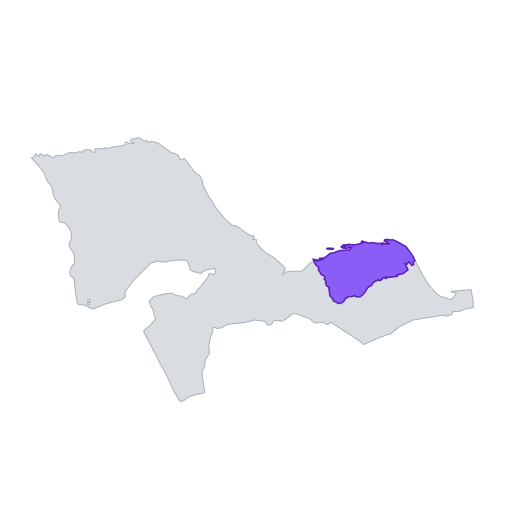 Mozambique, with Inhambane highlighted, rotated 262°
{"feature_id": "MOZ-1925", "entity_name": "Inhambane", "entity_type": "Province", "adm_level": 1, "iso_a3": "MOZ", "parent_name": "Mozambique", "parent_adm1": "", "projection": "albers", "projection_center": [34.454, -22.902], "detail": "fine", "context": "in_parent", "style": "filled", "palette": "violet", "viewbox_px": 512, "rotation_deg": 262, "n_neighbors": 0, "source": "natural_earth", "source_scale": "10m", "svg_char_len": 9476}
<svg xmlns="http://www.w3.org/2000/svg" viewBox="0 0 512 512"><g transform="rotate(262 256 256)"><path d="M153.3,350.3L156.6,347.6L178.7,322.3L180.1,321.4L178.2,317.2L181.1,312.4L181.4,304.9L182.2,303.7L185.7,301.2L190.3,293.4L193.3,287.4L193.6,284.5L189.2,276.4L187.9,272.1L189.1,268.3L189.5,264.8L189.0,263.6L186.3,262.2L185.8,260.6L185.8,258.7L186.3,257.7L189.6,256.0L190.3,255.1L192.9,245.6L191.9,238.5L191.8,230.3L192.3,221.9L192.0,217.1L189.8,211.7L189.6,207.7L191.1,204.9L191.3,203.3L186.2,202.5L183.5,200.2L173.7,196.8L166.2,196.4L159.8,191.0L154.9,190.2L148.5,186.3L128.5,186.1L127.8,185.7L126.7,173.6L125.9,169.7L123.3,165.5L122.5,162.5L122.7,160.6L133.6,155.9L155.2,149.2L160.0,147.1L197.0,134.2L198.1,135.0L201.8,141.2L208.1,148.3L209.6,147.3L218.5,146.2L219.8,145.2L222.5,144.6L225.6,144.2L226.7,144.6L230.0,149.0L231.1,157.3L231.2,162.9L230.9,166.9L228.2,171.5L226.3,177.3L223.5,180.5L223.6,182.0L226.7,185.5L227.4,186.9L227.2,190.0L227.8,191.2L230.5,193.0L232.6,195.9L240.6,204.4L242.6,205.9L244.2,206.3L245.0,207.9L244.6,209.9L243.3,211.0L243.8,212.5L245.3,213.8L249.0,213.6L249.4,213.0L249.2,205.6L248.0,201.3L246.4,199.3L249.5,191.3L251.2,189.0L257.2,188.2L260.0,187.4L261.1,186.5L262.1,184.0L262.8,176.8L263.2,170.2L262.6,166.2L263.5,160.3L264.9,156.7L264.2,156.0L263.8,151.0L248.8,131.2L240.2,122.4L238.8,121.4L234.0,120.7L231.5,117.5L229.4,99.8L226.2,87.1L231.3,78.7L232.9,73.3L234.0,72.5L238.3,72.2L253.5,72.4L257.2,73.0L258.9,72.5L262.9,69.2L266.2,69.3L270.6,71.4L272.9,73.3L273.3,74.8L276.3,75.8L281.7,76.1L285.7,75.4L288.2,73.5L290.9,72.6L293.6,72.5L295.7,73.2L297.0,74.6L299.7,75.6L303.7,76.3L308.0,75.5L312.8,73.2L315.5,70.8L317.0,66.6L318.0,66.1L324.6,65.9L328.1,66.8L332.6,69.5L340.5,65.0L345.5,63.6L350.3,63.8L354.2,62.8L357.3,60.7L360.5,59.4L367.1,57.9L371.7,55.8L384.3,47.3L385.6,49.9L387.9,52.4L384.6,54.9L387.4,56.6L385.2,59.1L384.8,60.8L385.8,62.5L384.3,65.3L382.4,67.4L381.8,69.1L383.3,72.1L382.3,77.4L384.4,86.3L383.5,89.1L383.8,96.1L382.8,98.6L384.3,99.5L385.0,102.3L384.1,107.1L381.4,109.0L381.0,111.0L384.4,111.2L384.1,117.2L383.6,119.0L384.3,121.1L383.3,123.3L384.0,133.1L383.8,140.1L384.0,141.3L386.8,142.6L386.6,144.5L384.7,147.0L384.7,150.8L386.8,147.9L388.0,147.9L389.1,149.2L389.0,153.4L389.5,155.6L389.1,157.4L385.6,160.8L385.3,164.3L384.0,164.7L383.3,165.5L384.1,167.5L384.0,169.2L381.5,174.6L369.7,187.0L369.4,189.2L366.4,193.2L363.3,193.8L361.5,194.8L362.7,198.5L347.4,207.1L345.9,208.3L343.4,211.6L338.4,213.2L333.1,213.3L332.1,214.0L319.9,217.9L317.5,219.8L312.3,221.5L304.1,225.9L297.4,230.1L289.8,236.5L288.8,240.0L285.2,244.5L279.8,249.8L276.6,254.3L276.4,256.3L274.5,256.8L273.0,254.9L272.2,258.6L271.0,258.8L269.5,258.0L262.9,261.9L257.9,266.2L250.9,274.6L240.7,282.8L238.4,283.0L235.2,280.1L233.4,279.9L236.0,283.0L235.9,289.9L234.6,298.0L234.8,299.8L241.4,308.4L244.6,318.4L244.9,323.6L248.2,330.2L249.6,340.2L249.2,349.4L250.8,350.9L251.4,349.6L251.7,343.8L252.6,342.2L253.5,342.4L254.4,345.6L254.6,348.9L253.3,356.2L253.7,359.1L255.3,364.1L253.3,369.8L250.3,385.6L251.0,386.6L252.5,386.9L253.0,385.2L253.9,385.2L254.3,386.3L253.1,392.5L251.8,395.2L247.5,401.8L245.2,404.7L241.3,407.5L232.3,411.9L214.3,418.2L202.9,423.3L193.9,429.3L190.0,433.3L188.5,437.8L185.5,442.6L188.1,446.5L191.5,449.3L193.1,444.6L193.9,444.6L192.6,464.3L180.3,464.7L176.7,464.1L174.7,464.3L174.4,456.0L172.9,449.9L173.4,445.5L173.2,443.1L170.6,441.6L169.8,436.9L171.3,433.2L170.8,403.1L166.2,388.5L160.0,378.0L159.5,372.8L156.6,361.2L153.3,350.3ZM234.6,85.9L236.2,85.2L236.4,83.7L235.4,83.0L234.5,83.2L234.0,85.5L234.6,85.9ZM233.5,83.3L232.2,82.2L231.3,82.5L230.9,83.4L231.9,84.6L233.0,84.6L233.5,83.3Z" fill="#d9dde1" stroke="#a8b0b8" stroke-width="1"/><path d="M244.5,312.2L244.4,312.3L244.4,312.5L244.7,312.5L244.6,313.1L244.4,313.4L244.2,313.6L244.0,313.4L243.7,313.4L243.5,313.5L243.4,313.9L243.5,314.0L243.9,314.1L243.9,314.3L243.9,314.5L243.9,315.2L243.7,315.6L243.4,315.8L243.0,315.9L242.6,315.6L242.4,315.6L242.3,315.9L242.2,316.3L242.4,316.4L242.6,316.5L242.9,316.8L243.1,316.8L243.2,317.1L243.1,317.3L243.1,317.6L243.1,317.8L243.2,318.0L243.4,318.2L243.2,318.5L243.4,318.6L243.7,318.7L243.9,318.9L243.9,319.3L243.5,319.5L243.2,319.6L243.0,319.9L243.0,320.0L243.3,320.1L243.5,320.3L243.6,320.6L243.5,321.7L244.1,321.1L244.9,318.0L244.9,318.5L244.7,320.1L244.5,320.9L244.7,323.1L245.4,325.1L246.9,327.6L247.2,328.1L247.5,328.3L248.3,330.0L248.3,331.1L248.2,333.4L248.4,334.5L249.1,336.1L249.2,336.5L249.3,338.1L249.6,339.3L249.7,341.5L249.0,348.1L249.0,349.2L249.1,349.8L249.5,350.1L249.9,350.3L250.3,350.5L250.7,351.4L251.1,351.8L251.2,351.5L251.2,350.4L251.4,350.0L251.9,349.7L251.3,348.7L251.0,347.5L251.0,346.2L251.5,345.3L251.4,345.0L251.4,344.8L251.5,344.7L251.9,345.3L252.1,345.5L252.4,345.1L251.8,344.0L251.6,343.8L251.7,343.5L252.3,342.8L252.3,342.6L252.3,342.3L252.7,342.0L252.8,342.0L252.9,341.7L253.1,341.6L253.4,341.6L253.6,341.7L253.7,342.0L253.7,342.3L253.6,342.9L254.0,347.2L254.2,346.8L254.3,346.3L254.4,344.9L254.6,344.3L254.7,343.9L254.9,343.9L254.5,347.0L254.5,347.6L254.7,349.3L254.6,349.8L253.4,353.8L253.3,357.0L254.0,362.6L254.4,363.6L254.6,363.3L254.7,363.2L254.7,362.9L255.2,363.1L255.5,363.1L255.6,362.8L255.6,362.6L256.0,362.8L255.9,363.6L255.0,365.3L254.5,366.1L253.6,368.4L253.1,369.2L253.0,369.6L252.9,370.1L252.9,370.6L253.2,371.6L253.2,372.1L253.0,373.2L251.6,377.4L251.2,380.7L251.2,383.0L251.1,383.5L251.0,384.0L250.8,384.3L250.5,383.7L250.6,383.3L250.7,382.8L250.6,382.5L250.0,382.3L249.6,382.4L249.7,382.6L249.9,382.8L250.1,382.9L250.2,383.5L250.2,384.2L250.0,385.2L249.9,385.8L249.9,386.6L249.9,386.9L249.8,387.2L249.6,387.6L249.6,387.8L249.7,388.5L249.7,388.8L249.7,389.1L249.4,389.6L249.4,389.8L249.6,389.8L250.7,388.5L250.3,387.6L250.3,387.1L250.5,386.8L250.9,386.7L251.2,386.9L251.8,387.5L252.3,387.7L252.5,387.7L252.9,385.7L252.8,385.4L252.8,385.2L253.8,385.4L254.0,385.7L254.1,386.9L254.2,387.1L254.3,387.1L254.4,387.3L253.0,391.7L252.9,392.2L253.0,392.6L253.2,393.1L253.2,393.4L253.1,393.6L252.8,394.0L252.7,394.1L252.6,394.6L252.3,395.1L248.7,400.4L246.0,403.3L245.9,403.6L245.9,403.9L245.9,404.2L245.7,404.4L244.0,406.1L237.1,409.8L233.3,411.6L229.3,412.7L228.6,411.4L227.9,411.1L226.1,411.1L225.6,410.9L225.4,410.7L225.3,410.4L225.2,410.1L225.2,409.7L225.1,409.3L225.0,409.0L225.2,408.8L225.5,408.6L228.9,406.9L229.0,406.7L228.9,406.5L227.1,404.7L226.9,404.3L227.0,404.0L227.2,403.8L227.9,403.1L228.1,402.8L228.1,402.6L227.8,402.5L227.6,402.5L226.9,402.8L226.3,402.9L226.1,402.9L225.8,403.1L225.2,403.2L224.6,403.5L224.1,403.6L223.6,404.0L223.3,404.0L222.3,404.2L221.3,404.6L221.2,404.5L221.0,404.3L218.1,399.3L218.0,398.9L218.0,398.5L217.8,392.9L217.5,392.9L217.4,392.9L217.1,392.8L216.8,392.7L216.6,392.7L216.5,392.8L216.3,392.9L216.3,393.0L216.2,392.9L216.2,392.5L216.0,391.7L216.0,391.4L216.1,391.1L216.3,390.7L216.4,390.4L216.4,390.1L216.4,389.7L216.3,387.9L216.4,387.5L216.4,387.2L216.3,386.7L216.2,386.5L216.3,386.3L216.3,386.0L216.3,385.6L216.4,385.1L216.4,384.5L216.5,384.4L216.7,384.0L216.8,383.5L217.0,383.2L217.1,382.9L217.0,382.7L216.7,382.1L216.6,381.9L216.4,381.9L216.0,382.1L215.7,382.2L215.5,381.9L215.6,381.6L216.0,381.2L216.3,380.6L216.7,380.4L216.8,380.3L216.8,380.1L216.6,379.8L216.5,379.6L216.7,379.1L216.8,379.0L216.8,378.8L216.4,378.2L216.1,377.9L215.8,377.9L215.5,377.8L215.4,377.6L215.2,377.1L215.1,376.9L215.0,376.7L214.8,376.5L214.7,376.4L214.7,375.9L214.4,375.4L214.3,375.1L214.3,374.8L214.4,374.6L214.5,374.6L214.9,374.5L215.6,374.3L215.7,374.2L215.8,374.0L215.6,373.7L215.2,373.5L215.0,373.3L214.9,373.1L214.9,372.9L214.9,372.2L214.8,371.9L214.7,371.6L214.4,371.1L214.4,370.9L214.3,370.7L214.3,370.3L214.2,370.0L213.9,369.6L213.4,368.6L213.1,368.2L212.9,368.1L212.7,367.8L212.5,367.7L212.2,367.6L212.1,367.4L211.8,367.1L211.5,366.8L211.2,366.5L211.0,366.2L210.6,366.0L210.5,365.8L210.4,365.6L210.4,365.2L210.4,364.7L210.2,364.2L209.4,363.0L209.0,362.3L208.7,361.9L207.9,361.3L207.4,360.7L207.2,360.5L206.8,360.3L206.2,359.8L205.9,359.6L205.1,359.1L204.7,358.7L204.3,358.0L204.1,357.7L203.8,357.2L203.5,357.0L203.2,356.8L202.9,356.5L201.5,354.2L201.2,353.6L201.1,353.3L201.1,353.0L201.3,351.5L201.6,350.7L201.6,349.6L201.8,349.3L202.0,349.1L202.7,348.9L202.8,348.8L202.9,348.7L203.0,348.6L203.0,348.4L202.9,347.9L202.6,346.9L202.6,346.6L202.7,346.1L202.6,345.6L202.5,345.0L202.5,344.8L202.9,343.2L202.9,342.5L202.9,342.0L202.1,340.9L202.0,340.5L202.0,340.1L202.0,339.4L201.9,339.2L200.2,337.9L197.8,334.9L197.7,334.7L197.6,334.2L197.8,333.6L197.8,333.4L197.7,333.1L197.4,331.8L197.4,331.3L197.5,331.1L197.8,330.4L198.3,329.8L198.9,329.3L199.0,329.1L199.4,328.4L200.1,327.5L200.3,327.0L200.5,326.5L201.1,326.5L201.6,326.4L202.5,325.9L203.5,325.7L204.0,325.4L205.6,324.0L206.5,323.7L207.4,323.6L211.6,323.8L212.9,323.6L213.5,323.5L214.0,323.7L214.3,324.1L214.7,324.2L215.2,323.9L215.3,323.7L215.4,323.3L216.1,322.3L216.6,321.8L217.0,321.5L220.9,321.2L221.2,321.3L221.5,321.6L221.9,321.7L222.5,321.3L223.2,320.5L223.6,320.3L224.2,320.5L224.9,321.2L225.3,321.3L225.7,321.3L226.5,320.9L227.2,320.0L228.2,318.3L228.9,317.8L231.7,316.9L232.9,316.0L233.3,315.9L233.8,315.8L234.0,315.8L235.1,316.6L235.3,316.7L236.1,316.6L236.6,316.1L237.0,315.4L238.3,314.6L238.5,314.4L238.6,314.2L238.8,314.0L241.3,313.0L243.2,312.7L243.5,312.6L244.0,312.2L244.5,312.2ZM253.0,327.6L253.3,327.1L253.5,327.1L253.7,327.5L253.7,328.1L253.5,330.0L252.7,333.6L252.2,333.6L252.0,333.3L252.0,332.7L252.3,330.8L253.0,327.6Z" fill="#8b5cf6" stroke="#5b21b6" stroke-width="1.5"/></g></svg>